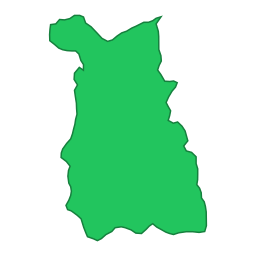 Agronômica, Santa Catarina, Brazil
{"feature_id": "56859067B26785217747233", "entity_name": "Agronômica", "entity_type": "district", "adm_level": 2, "iso_a3": "BRA", "parent_name": "Brazil", "parent_adm1": "Santa Catarina", "projection": "albers", "projection_center": [-49.723, -27.321], "detail": "fine", "context": "isolated", "style": "filled", "palette": "green", "viewbox_px": 256, "rotation_deg": 0, "n_neighbors": 0, "source": "geoboundaries", "source_scale": "gbopen_adm2", "svg_char_len": 1702}
<svg xmlns="http://www.w3.org/2000/svg" viewBox="0 0 256 256"><path d="M87.5,236.7L93.5,238.8L97.4,240.6L101.4,238.6L105.9,234.6L111.8,231.5L115.1,227.7L121.3,226.8L125.2,227.7L131.1,229.9L135.8,233.1L141.5,233.5L146.2,229.3L149.2,226.1L152.7,223.7L156.8,227.1L161.0,229.4L165.8,232.1L169.6,233.5L173.5,234.5L178.7,232.8L186.3,231.7L192.6,231.7L199.1,232.4L204.7,231.5L206.4,225.7L206.3,218.8L206.2,211.9L205.4,206.4L204.2,201.8L201.5,198.0L201.2,192.7L199.6,188.3L196.8,184.6L197.6,179.8L197.7,174.1L197.7,168.8L196.1,163.6L196.1,156.8L191.6,152.4L186.3,150.9L183.7,146.0L187.8,140.8L185.1,131.0L182.0,126.2L177.6,122.0L173.3,123.2L168.2,120.4L169.6,115.8L170.6,110.8L168.1,106.4L166.1,102.5L168.6,96.9L172.0,91.2L175.5,87.1L177.2,82.7L173.6,81.0L169.8,81.5L164.7,81.2L160.9,74.6L157.6,70.0L159.1,65.4L161.3,61.0L160.9,55.7L158.8,49.5L158.7,36.4L158.3,31.3L156.1,23.9L161.0,16.8L156.1,18.3L152.8,20.7L148.5,22.3L143.8,22.3L139.6,24.4L135.6,26.4L131.9,28.0L126.6,31.2L121.7,32.9L117.0,36.1L112.5,39.9L107.7,41.4L102.0,38.4L96.9,32.9L91.1,26.8L85.6,23.0L83.5,17.0L79.7,15.4L74.5,15.4L69.8,18.6L64.5,19.9L59.6,19.5L55.8,23.9L50.6,24.6L50.0,29.2L49.6,34.5L49.8,40.7L54.5,44.4L58.8,48.1L62.6,49.7L67.0,50.6L71.7,50.9L75.6,50.9L78.9,54.0L80.9,60.5L83.5,64.6L83.4,70.2L79.3,67.4L74.5,73.2L74.1,79.4L77.5,84.9L74.5,90.3L75.4,96.7L76.4,103.1L76.6,108.9L77.0,114.2L75.6,119.5L74.9,124.3L73.7,128.7L72.5,133.8L70.7,138.9L66.7,143.4L62.7,149.0L61.3,153.0L61.1,157.5L66.4,161.5L70.1,166.2L68.5,170.5L67.9,176.2L68.8,183.1L70.7,186.7L71.4,191.2L70.7,195.5L68.9,200.1L66.0,205.4L67.6,209.6L71.3,210.9L77.0,215.1L81.1,218.8L83.7,227.3L85.8,232.7L87.5,236.7Z" fill="#22c55e" stroke="#15803d" stroke-width="1.5"/></svg>